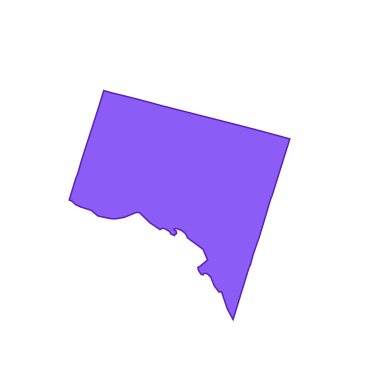 District of Columbia, District of Columbia, United States of America (Robinson projection), rotated 331°
{"feature_id": "52423323B55530972166869", "entity_name": "District of Columbia", "entity_type": "district", "adm_level": 2, "iso_a3": "USA", "parent_name": "United States of America", "parent_adm1": "District of Columbia", "projection": "robinson", "projection_center": [-77.036, 38.894], "detail": "fine", "context": "isolated", "style": "filled", "palette": "violet", "viewbox_px": 384, "rotation_deg": 331, "n_neighbors": 0, "source": "geoboundaries", "source_scale": "gbopen_adm2", "svg_char_len": 1125}
<svg xmlns="http://www.w3.org/2000/svg" viewBox="0 0 384 384"><g transform="rotate(331 192 192)"><path d="M80.7,139.5L82.6,141.9L84.0,146.5L87.4,151.2L94.9,159.1L98.0,167.1L100.3,169.4L108.2,176.1L111.9,178.3L120.4,181.3L124.5,181.8L133.2,182.8L135.2,184.0L136.2,184.8L140.2,198.4L145.8,209.4L149.0,209.5L150.2,210.7L153.3,215.7L153.1,218.3L155.4,221.5L158.4,220.7L159.2,218.5L158.1,216.1L159.4,215.7L161.4,217.1L161.6,217.3L164.4,220.9L166.0,224.9L166.2,227.8L165.8,229.8L173.7,247.1L173.9,247.6L172.7,258.9L163.3,260.8L160.6,260.8L160.3,261.6L159.8,263.0L159.9,267.9L161.4,269.9L162.3,269.1L163.8,269.2L165.9,271.2L167.1,275.8L166.0,285.1L167.1,292.6L169.5,293.5L166.2,311.6L166.1,323.5L181.6,308.5L206.0,285.0L207.4,284.4L215.2,276.3L229.1,263.9L247.7,245.8L251.7,241.8L256.4,237.2L260.7,233.6L291.9,203.8L292.9,202.9L301.8,194.4L303.3,193.0L284.1,174.3L276.1,166.6L268.9,159.8L216.0,110.0L204.8,99.4L204.7,99.3L198.6,93.3L192.8,87.8L190.9,85.9L169.0,65.5L164.0,60.5L162.4,62.1L150.0,74.0L131.6,91.2L116.6,105.2L110.6,110.9L100.8,120.7L96.8,123.9L80.7,139.5Z" fill="#8b5cf6" stroke="#5b21b6" stroke-width="1.5"/></g></svg>